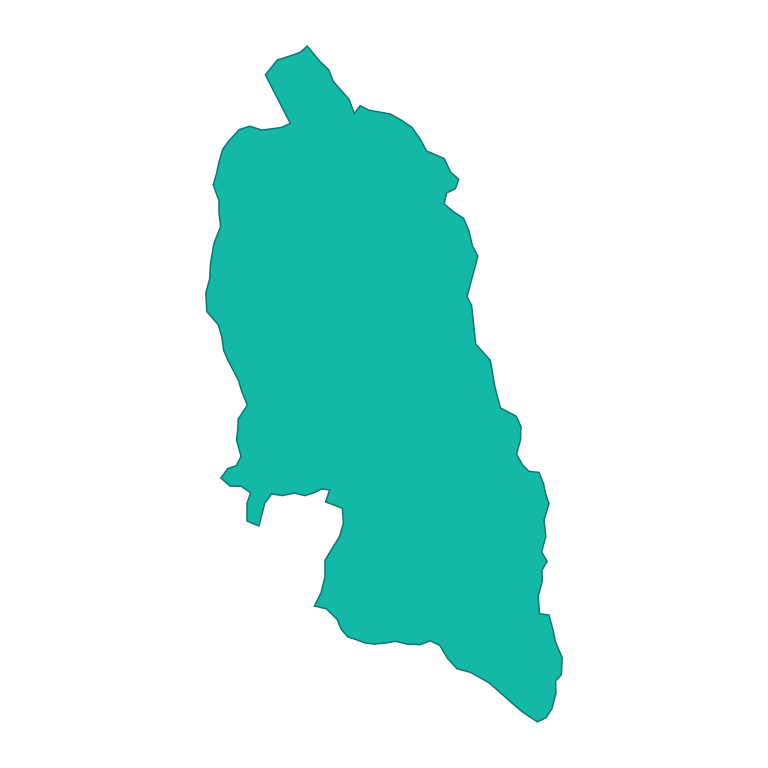 Cerro Branco, Rio Grande do Sul, Brazil
{"feature_id": "56859067B12660061396762", "entity_name": "Cerro Branco", "entity_type": "district", "adm_level": 2, "iso_a3": "BRA", "parent_name": "Brazil", "parent_adm1": "Rio Grande do Sul", "projection": "equal_earth", "projection_center": [-52.997, -29.627], "detail": "fine", "context": "isolated", "style": "filled", "palette": "teal", "viewbox_px": 768, "rotation_deg": 0, "n_neighbors": 0, "source": "geoboundaries", "source_scale": "gbopen_adm2", "svg_char_len": 1815}
<svg xmlns="http://www.w3.org/2000/svg" viewBox="0 0 768 768"><path d="M213.2,184.7L219.0,200.8L219.0,212.9L220.6,226.7L214.0,243.2L210.5,263.7L209.7,278.8L205.8,293.0L206.8,311.7L218.2,324.6L221.6,336.2L223.7,350.4L227.9,360.3L232.4,368.7L238.6,380.8L241.5,390.7L247.3,405.1L238.2,419.1L237.8,429.4L236.5,439.9L241.1,456.5L236.2,465.7L227.9,468.5L220.8,478.0L230.2,486.2L241.0,486.2L250.7,492.8L247.0,503.0L247.0,521.0L258.9,526.0L264.7,503.4L271.6,493.9L282.4,495.6L294.4,493.1L304.9,495.6L313.9,492.8L321.8,489.0L329.7,490.0L325.5,501.9L342.4,508.3L343.4,523.4L339.5,536.5L325.0,560.2L325.0,577.0L321.0,592.9L314.4,606.0L326.3,608.8L337.1,619.3L341.1,629.2L347.9,637.0L355.3,639.3L365.2,643.0L374.8,644.1L385.5,643.0L395.5,641.3L407.4,644.1L420.2,644.7L430.2,640.8L439.8,645.4L447.6,658.5L456.8,668.6L470.8,672.5L489.0,682.8L513.0,703.9L521.7,711.4L529.1,716.5L537.4,721.9L546.1,717.6L551.9,708.8L555.9,693.3L555.6,681.1L561.4,674.6L562.2,657.8L555.3,641.3L553.0,629.9L549.0,615.0L539.5,613.7L538.2,596.1L542.4,580.6L541.9,570.3L547.2,561.3L541.6,552.0L545.8,536.5L544.0,520.0L549.0,503.8L545.6,493.5L543.5,483.6L539.0,472.4L528.7,471.3L522.4,464.7L516.6,454.1L520.5,439.9L521.0,426.6L516.3,416.3L500.5,407.9L497.3,396.2L494.8,386.3L490.3,360.3L475.7,344.0L471.6,305.2L467.0,296.8L477.9,256.2L472.4,245.6L469.1,231.2L463.7,218.5L453.1,211.4L444.2,204.1L446.5,193.1L455.5,188.6L458.7,179.3L450.5,172.0L444.4,158.7L426.5,150.9L420.7,139.9L412.1,127.5L402.4,120.8L390.5,114.1L379.4,112.0L368.9,110.2L360.2,105.7L354.4,113.5L349.0,99.3L333.4,81.6L328.7,69.8L320.1,61.6L307.2,46.1L300.3,52.3L289.3,56.2L277.4,59.9L265.4,74.9L290.3,123.4L281.1,127.5L270.5,129.0L261.7,130.0L249.8,126.2L239.3,129.6L228.5,141.2L222.7,149.4L218.7,163.2L216.6,173.3L213.2,184.7Z" fill="#14b8a6" stroke="#0f766e" stroke-width="1.5"/></svg>